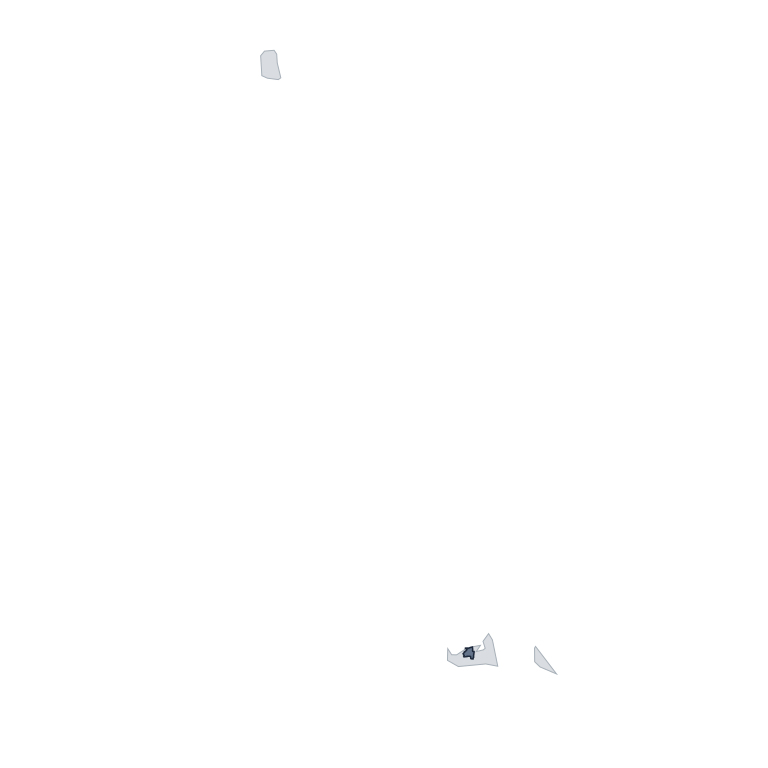 Kolomotu'a, Tongatapu, Tonga shown in context, rotated 321°
{"feature_id": "48082658B41580202055285", "entity_name": "Kolomotu'a", "entity_type": "district", "adm_level": 2, "iso_a3": "TON", "parent_name": "Tonga", "parent_adm1": "Tongatapu", "projection": "equal_earth", "projection_center": [-175.229, -21.143], "detail": "fine", "context": "in_parent", "style": "filled", "palette": "slate", "viewbox_px": 768, "rotation_deg": 321, "n_neighbors": 0, "source": "geoboundaries", "source_scale": "gbopen_adm2", "svg_char_len": 1893}
<svg xmlns="http://www.w3.org/2000/svg" viewBox="0 0 768 768"><g transform="rotate(321 384 384)"><path d="M293.8,653.1L296.3,653.1L299.0,646.3L308.2,643.8L307.2,651.1L294.8,674.9L286.9,665.6L264.0,650.4L259.4,638.7L267.0,629.8L266.2,637.0L270.0,640.2L282.9,641.5L294.5,647.8L287.3,650.0L293.8,653.1ZM503.1,67.3L496.5,81.1L493.4,80.9L485.8,72.9L483.1,67.5L494.7,51.3L500.6,50.1L508.6,55.5L508.2,60.1L503.1,67.3ZM336.6,683.3L335.6,717.9L327.2,702.1L326.3,694.7L334.8,684.0L336.6,683.3Z" fill="#d9dde1" stroke="#a8b0b8" stroke-width="1"/><path d="M287.2,644.1L286.9,644.0L286.8,643.9L286.7,643.9L286.4,643.8L286.2,643.6L285.6,643.3L285.3,643.2L284.9,643.1L284.5,642.9L284.2,642.8L283.6,642.7L283.3,642.6L283.2,642.5L283.1,642.4L282.8,642.2L282.7,641.9L282.4,641.8L282.3,641.5L282.0,641.2L281.6,641.0L281.5,640.8L281.1,640.5L280.8,640.8L281.1,641.0L281.5,641.3L282.1,641.7L281.5,642.4L281.4,642.3L281.0,642.4L280.7,642.6L280.3,643.0L279.9,642.9L279.7,642.9L279.1,642.8L278.6,643.0L278.3,642.8L277.7,642.8L277.6,643.2L277.1,643.2L276.6,643.3L276.3,643.3L275.7,643.4L275.6,644.3L275.5,644.8L275.5,645.2L275.3,645.8L274.7,645.7L274.7,645.8L274.4,646.3L274.6,646.5L275.0,646.8L275.4,647.0L275.8,647.3L276.5,647.8L277.0,648.1L277.2,647.9L277.7,648.3L278.9,649.2L279.8,650.2L279.6,650.5L278.7,652.0L278.8,652.4L279.6,653.2L280.2,653.7L280.4,653.5L280.7,653.2L281.1,653.0L281.4,652.7L281.9,652.7L282.2,652.0L282.4,651.8L282.4,651.7L282.5,651.6L282.9,651.3L282.9,651.2L283.1,651.1L283.3,651.0L283.3,650.9L283.6,650.6L283.7,650.4L283.8,650.4L284.0,650.2L284.4,649.9L284.6,649.7L284.9,649.4L285.0,649.3L285.2,649.2L285.3,649.1L285.4,648.9L285.5,648.8L285.6,648.7L285.6,648.4L285.4,648.3L285.1,648.1L284.9,647.9L284.7,647.6L284.9,647.2L285.1,646.8L285.3,646.7L285.5,646.5L285.7,646.3L285.9,646.1L286.3,645.5L286.5,645.1L286.8,644.7L287.2,644.1Z" fill="#64748b" stroke="#1e293b" stroke-width="1.5"/></g></svg>